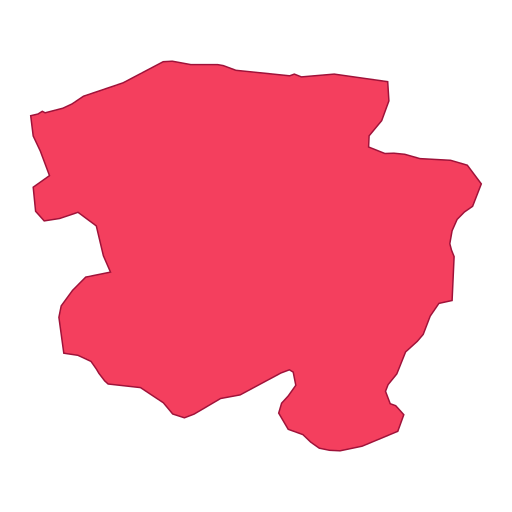 Kastamonu, Mercator projection
{"feature_id": "TUR-2270", "entity_name": "Kastamonu", "entity_type": "Province", "adm_level": 1, "iso_a3": "TUR", "parent_name": "Turkey", "parent_adm1": "", "projection": "mercator", "projection_center": [33.677, 41.441], "detail": "fine", "context": "isolated", "style": "filled", "palette": "rose", "viewbox_px": 512, "rotation_deg": 0, "n_neighbors": 0, "source": "natural_earth", "source_scale": "10m", "svg_char_len": 1221}
<svg xmlns="http://www.w3.org/2000/svg" viewBox="0 0 512 512"><path d="M30.7,115.7L38.0,114.0L42.3,111.3L45.1,112.8L62.9,108.2L71.9,104.0L83.5,96.2L123.1,82.8L163.2,61.7L172.3,61.2L190.8,64.6L217.6,64.6L223.3,65.6L235.9,70.3L289.7,75.8L294.3,74.1L301.4,76.9L334.2,74.1L387.7,81.7L388.9,100.9L381.7,120.6L369.1,135.8L368.6,147.0L384.9,153.5L393.9,153.2L404.8,154.3L419.9,158.6L450.6,160.3L467.3,165.2L481.3,183.9L472.6,206.3L464.4,212.0L457.1,219.4L452.1,230.7L449.8,243.7L451.5,250.1L454.1,256.6L452.1,300.5L438.9,303.4L430.2,316.1L423.2,334.4L417.3,341.3L405.6,351.9L396.8,373.9L388.1,384.6L385.5,391.3L390.2,403.7L395.7,405.7L403.8,414.7L397.8,431.3L362.1,446.2L340.1,450.8L329.6,450.3L319.3,448.2L310.8,442.2L302.9,434.6L288.2,429.3L278.7,413.1L281.6,403.2L288.2,396.0L295.8,385.3L293.2,372.1L289.4,369.8L280.9,373.0L240.1,394.9L220.6,398.5L194.1,414.1L184.4,417.8L172.7,414.0L163.4,402.8L140.5,387.6L108.1,384.0L104.7,380.9L98.9,373.3L96.4,369.1L91.0,361.4L77.9,355.3L63.8,353.2L58.9,317.3L61.2,305.9L72.6,290.3L85.7,277.1L110.5,272.1L103.4,255.8L96.3,225.9L78.0,212.3L59.6,218.5L44.2,220.9L35.6,211.3L33.2,187.2L49.5,175.6L40.3,151.0L33.2,136.0L30.7,115.7Z" fill="#f43f5e" stroke="#9f1239" stroke-width="1.5"/></svg>